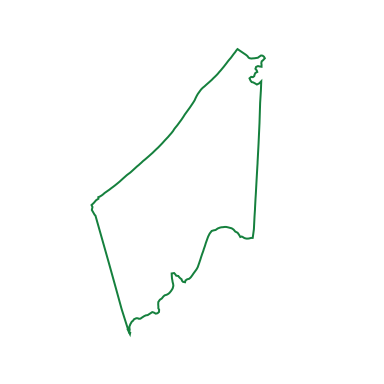 Conceição da Barra, Espírito Santo, Brazil, rotated 214°
{"feature_id": "56859067B74705866217996", "entity_name": "Conceição da Barra", "entity_type": "district", "adm_level": 2, "iso_a3": "BRA", "parent_name": "Brazil", "parent_adm1": "Espírito Santo", "projection": "equal_earth", "projection_center": [-39.838, -18.451], "detail": "fine", "context": "isolated", "style": "outline", "palette": "green", "viewbox_px": 384, "rotation_deg": 214, "n_neighbors": 0, "source": "geoboundaries", "source_scale": "gbopen_adm2", "svg_char_len": 3256}
<svg xmlns="http://www.w3.org/2000/svg" viewBox="0 0 384 384"><g transform="rotate(214 192 192)"><path d="M166.4,40.9L166.5,42.8L167.5,43.9L168.6,45.3L169.2,48.0L169.4,50.8L168.9,52.4L168.9,54.1L167.6,56.2L166.3,57.0L165.1,57.2L163.9,58.2L163.2,60.1L162.2,62.4L161.3,63.9L159.9,65.2L158.7,68.0L157.8,70.2L156.3,70.7L154.0,70.9L152.8,72.2L152.3,74.1L153.4,76.0L154.9,76.8L155.8,78.2L157.0,79.7L158.4,81.9L158.4,84.7L157.5,86.8L157.3,89.4L156.9,91.0L155.5,92.7L154.6,94.5L154.2,96.1L154.0,98.5L154.1,101.2L155.0,103.8L156.3,105.3L157.7,106.5L159.0,107.9L160.3,109.2L161.8,111.1L163.3,113.1L161.5,114.8L159.8,114.4L158.3,113.8L156.4,114.7L155.0,114.2L153.4,113.9L151.8,113.8L150.8,112.9L149.2,112.5L147.3,113.3L147.9,115.0L147.2,116.9L145.8,118.5L145.3,120.6L145.2,123.1L145.2,125.3L145.1,127.7L145.0,130.4L145.2,132.8L145.9,135.5L146.4,137.4L146.9,139.2L147.3,140.7L147.8,142.3L148.4,144.4L149.0,146.6L149.6,149.1L150.3,151.4L151.0,154.1L151.5,155.8L152.0,157.4L152.4,159.0L153.3,162.5L153.7,164.2L154.1,167.4L153.9,170.7L152.6,172.3L151.2,173.7L150.3,176.1L149.0,178.0L147.9,179.2L146.7,180.1L145.4,181.3L144.0,182.2L142.5,182.8L140.5,183.5L138.8,184.1L136.5,184.1L134.1,183.4L131.4,183.7L129.5,183.0L128.1,182.4L126.8,181.7L125.9,182.9L124.2,183.1L122.8,183.1L120.8,183.8L119.0,185.1L117.4,186.9L116.0,187.9L119.9,195.8L126.5,206.7L130.0,212.7L131.0,214.3L135.5,221.8L137.9,225.9L144.3,236.6L152.1,249.7L153.5,252.1L154.5,253.7L163.8,269.2L165.7,272.3L174.6,286.9L185.3,303.9L191.9,315.1L196.5,322.5L197.0,319.7L198.3,317.4L200.3,317.3L202.5,317.1L204.0,316.5L205.8,317.1L207.9,318.4L207.3,320.6L205.8,321.2L205.2,322.8L205.8,324.5L206.0,326.2L205.0,328.0L206.3,329.0L208.3,329.6L208.8,331.6L207.7,333.3L206.3,333.8L204.4,334.7L205.5,336.4L206.6,337.6L207.3,339.3L206.8,340.9L206.4,343.6L208.0,344.4L209.7,344.5L211.1,343.8L211.8,342.1L212.5,340.1L213.6,339.1L215.1,337.7L216.2,336.9L217.2,336.0L218.8,335.2L220.1,335.0L222.1,335.7L224.0,335.9L229.7,335.9L232.7,335.9L234.2,335.9L234.4,334.1L234.4,332.1L234.6,329.8L234.7,327.3L234.8,325.0L235.1,322.6L235.3,320.4L235.4,318.2L235.6,315.3L235.7,313.7L235.9,311.8L236.2,308.8L236.5,306.7L236.7,304.5L237.0,302.6L237.5,300.1L237.9,298.4L238.3,296.1L238.7,294.5L239.2,292.5L239.7,290.6L240.2,288.7L240.7,286.6L241.4,284.3L241.8,282.1L241.9,279.8L242.0,276.4L241.8,274.0L241.5,271.7L241.1,269.5L241.0,266.8L241.0,264.5L241.0,262.7L241.0,260.7L241.1,257.9L241.2,254.9L241.3,252.3L241.2,249.4L241.2,245.9L241.3,243.7L241.5,238.9L241.8,235.9L241.9,234.1L241.8,232.0L242.0,229.3L242.3,227.0L242.6,224.3L243.0,221.9L243.4,219.5L243.9,215.8L244.2,214.1L244.6,211.8L245.0,209.6L245.4,208.0L245.9,205.7L246.6,202.3L247.2,200.0L247.8,197.6L248.5,195.0L249.1,192.8L249.9,190.2L250.4,187.9L250.8,186.4L251.2,184.7L251.9,182.4L252.4,180.3L253.0,177.8L253.6,175.3L254.1,173.4L254.9,171.2L255.5,169.4L256.0,167.4L256.7,164.7L257.9,159.8L258.7,157.1L259.5,154.5L260.2,152.4L261.1,149.9L261.8,147.7L262.4,146.2L263.2,144.1L263.9,142.3L264.4,140.3L264.9,138.8L265.9,136.6L266.8,135.3L265.8,134.1L266.9,131.6L267.3,128.1L268.0,125.0L266.1,123.9L265.0,121.1L260.1,118.7L258.8,118.4L221.5,86.9L200.4,68.9L184.9,55.6L166.4,40.9ZM164.0,39.5L164.6,40.9L166.4,40.9L164.0,39.5Z" fill="none" stroke="#15803d" stroke-width="2"/></g></svg>